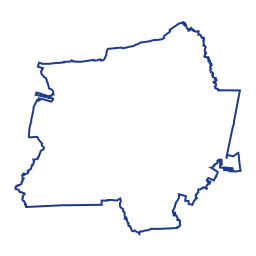 the district of Fagetelu, Olt, Romania
{"feature_id": "2599482B40628155009559", "entity_name": "Fagetelu", "entity_type": "district", "adm_level": 2, "iso_a3": "ROU", "parent_name": "Romania", "parent_adm1": "Olt", "projection": "equal_earth", "projection_center": [24.54, 44.785], "detail": "fine", "context": "isolated", "style": "outline", "palette": "blue", "viewbox_px": 256, "rotation_deg": 0, "n_neighbors": 0, "source": "geoboundaries", "source_scale": "gbopen_adm2", "svg_char_len": 5753}
<svg xmlns="http://www.w3.org/2000/svg" viewBox="0 0 256 256"><path d="M240.6,170.8L239.9,167.2L238.6,154.5L238.3,152.9L237.6,153.2L233.3,156.3L227.2,154.9L226.6,157.7L226.4,157.6L232.9,126.5L233.8,124.3L233.9,122.2L234.3,119.9L239.9,90.4L218.7,90.3L218.9,89.9L217.9,89.6L217.7,88.8L216.3,88.8L215.3,88.0L215.5,87.2L214.8,86.6L215.5,86.1L216.0,85.3L215.9,83.8L215.6,83.0L214.8,83.2L213.7,82.7L213.6,81.7L214.1,81.5L215.3,81.8L215.3,81.2L216.4,80.6L216.6,80.2L216.2,79.6L215.1,79.2L215.8,78.2L213.0,77.2L213.0,76.3L212.1,75.4L213.0,74.5L213.2,73.6L212.4,72.6L211.1,72.5L211.2,71.3L210.4,70.6L210.2,69.4L211.0,68.6L210.2,67.3L210.1,66.8L210.8,65.8L211.5,65.4L210.7,64.7L211.4,64.4L211.3,63.5L211.0,63.0L209.6,62.8L210.0,61.4L208.5,61.1L208.6,60.7L209.5,60.0L209.2,59.4L208.3,59.4L208.0,59.1L208.0,58.4L208.7,57.7L208.6,57.3L208.0,57.1L207.0,57.5L206.0,57.0L204.9,57.0L204.5,56.7L204.6,56.3L204.3,56.0L205.0,55.1L205.2,53.7L206.1,53.4L205.8,52.3L205.1,52.2L204.7,50.2L205.2,48.0L205.7,47.4L205.7,47.1L204.8,46.0L203.5,45.5L203.9,45.1L204.0,44.2L203.5,42.6L203.6,41.5L203.3,40.8L204.2,39.8L204.1,39.4L203.3,38.8L203.7,37.8L202.0,37.9L201.3,36.9L201.5,36.4L201.1,36.1L200.7,35.3L199.7,34.6L198.5,34.6L198.9,34.1L198.0,32.3L198.7,31.5L198.5,31.1L196.7,31.6L195.4,31.5L194.8,30.9L193.5,31.0L193.1,30.5L193.3,29.9L192.4,29.8L192.4,29.1L191.6,29.0L191.0,28.0L190.4,28.8L190.0,30.3L188.8,30.5L189.2,29.9L189.4,29.0L188.4,29.5L186.9,28.3L186.1,25.3L185.7,24.6L185.4,24.5L184.5,25.3L184.3,24.5L182.3,23.3L182.2,22.8L182.4,22.6L183.5,23.3L184.5,22.9L183.3,22.1L180.7,23.2L179.2,23.4L169.7,29.9L170.2,30.7L170.0,31.6L164.2,35.9L163.8,36.7L163.9,38.3L161.5,39.3L157.9,39.9L154.0,40.0L149.0,41.4L140.1,42.6L138.1,44.1L135.1,44.9L133.8,46.0L128.0,47.0L126.7,47.6L124.5,47.8L123.5,48.2L122.7,48.3L121.6,47.6L115.1,48.1L109.7,48.8L109.4,48.6L107.9,49.0L107.3,49.8L106.7,51.1L106.3,55.1L105.5,56.4L104.7,58.7L103.0,60.3L102.7,60.2L100.9,60.5L100.4,59.3L100.0,59.3L97.0,60.4L94.2,60.6L93.9,59.9L80.8,61.8L74.1,61.6L73.8,61.2L72.9,61.4L71.7,60.3L70.3,61.6L64.2,61.8L64.3,62.3L57.4,63.1L56.6,62.8L49.6,63.8L42.4,63.8L39.1,62.7L37.8,66.7L43.0,68.2L41.9,69.8L41.8,70.6L41.0,71.5L41.5,73.9L43.0,75.6L43.7,76.7L46.1,78.2L46.8,80.4L46.7,81.5L47.9,83.2L48.1,85.1L48.8,86.8L48.9,88.3L51.6,89.5L52.6,90.6L53.4,92.5L53.1,93.6L53.4,94.5L52.2,94.5L51.5,95.7L50.5,95.5L50.2,96.4L48.0,96.0L40.8,93.9L40.7,93.6L36.4,92.6L35.7,94.8L47.3,97.4L49.0,98.1L52.8,98.3L53.1,99.6L51.3,101.7L44.1,99.5L38.7,98.3L38.4,99.2L39.3,100.0L38.8,100.1L38.5,100.8L37.0,100.2L33.6,107.1L33.5,109.5L31.3,119.6L31.2,121.9L30.7,123.0L29.5,128.1L28.8,136.6L29.0,137.2L30.1,137.4L36.4,136.8L37.3,137.0L39.6,140.9L42.2,143.6L41.7,144.2L41.9,145.5L43.8,147.3L44.0,147.6L43.8,148.8L43.2,149.6L42.0,150.0L40.6,151.2L40.0,153.4L39.5,154.1L39.5,154.7L39.0,155.3L39.0,156.4L37.9,157.4L38.1,158.3L37.7,158.8L36.7,158.9L36.1,159.3L35.1,159.3L34.1,159.9L33.5,159.7L33.9,160.9L33.6,161.2L34.0,162.0L33.0,164.5L32.2,164.7L32.5,165.4L31.6,166.1L31.0,168.7L30.3,169.5L29.5,169.5L28.8,170.3L27.8,170.8L27.8,171.2L28.5,172.0L27.9,173.0L27.4,173.4L24.8,174.3L24.4,174.3L24.4,173.8L23.8,173.9L23.4,173.6L23.0,174.0L23.4,174.9L22.7,174.8L22.2,175.2L22.7,177.7L22.4,178.5L23.6,178.6L22.5,180.4L22.6,181.3L21.6,181.8L21.7,183.0L21.3,184.0L19.7,185.0L18.3,184.9L17.7,185.9L16.6,185.8L16.6,186.3L15.7,186.9L15.4,187.6L15.6,189.1L17.3,189.3L19.0,190.2L19.1,191.0L19.8,192.1L21.7,192.2L22.6,193.0L24.4,193.3L24.7,194.1L24.0,194.5L22.5,196.8L23.0,198.0L22.4,198.7L22.4,199.9L23.5,201.0L23.9,201.0L24.2,201.8L24.8,202.4L25.0,204.5L26.0,204.5L25.8,205.8L26.1,207.0L61.8,205.3L101.7,204.8L101.6,200.6L107.4,200.6L107.4,200.0L110.0,200.1L110.5,199.9L116.9,200.5L120.3,198.5L120.5,198.9L120.8,201.6L120.0,203.1L119.9,206.1L120.7,207.5L123.0,209.0L123.2,209.5L123.0,210.9L123.6,211.8L124.6,212.3L124.6,215.8L124.9,216.5L126.2,217.5L126.0,217.9L124.9,218.2L124.7,218.6L127.0,219.4L126.7,220.8L127.8,222.1L127.8,222.9L128.7,223.4L128.3,225.0L128.4,225.6L128.9,226.0L130.2,226.2L130.1,227.1L130.8,227.8L132.0,230.9L132.9,231.2L134.7,230.5L135.3,231.3L137.9,232.2L139.4,233.9L139.6,232.4L140.4,231.3L142.4,231.5L144.9,230.5L147.8,230.3L149.4,229.5L150.6,229.4L150.9,228.8L159.2,228.9L177.2,228.0L177.2,227.3L178.3,227.1L178.8,226.4L179.4,226.3L180.1,225.4L180.3,224.9L179.8,223.6L180.1,221.9L179.8,220.4L177.5,220.2L177.3,219.7L178.0,219.2L177.6,219.0L177.7,218.5L177.5,217.8L176.7,216.7L176.3,215.4L174.0,215.5L173.6,215.2L173.6,213.9L175.0,213.8L175.1,212.6L173.0,212.5L172.6,211.0L173.6,209.7L174.1,208.2L174.6,207.7L175.1,206.0L175.0,205.3L175.9,203.1L176.0,202.3L177.3,200.9L179.2,196.9L178.7,195.1L178.9,194.2L185.8,196.1L186.0,196.7L185.4,198.7L185.2,200.8L188.5,200.9L188.7,203.9L192.4,204.8L193.1,202.9L194.4,200.4L195.5,199.6L195.7,198.8L196.8,198.2L196.5,197.4L195.8,197.0L196.1,195.6L195.6,195.0L195.7,194.7L197.2,193.8L197.7,192.8L198.4,192.1L198.1,190.8L198.4,189.4L200.5,189.5L201.7,188.1L202.7,188.3L203.7,187.2L206.6,188.8L206.9,188.4L206.1,187.5L206.7,185.5L208.4,183.9L208.2,183.0L209.6,183.7L210.2,181.8L208.7,181.5L208.3,181.0L206.8,180.6L206.8,180.0L208.3,178.0L213.8,180.4L215.5,177.1L216.1,176.9L216.5,175.8L216.2,175.4L217.2,174.1L217.5,173.1L217.6,171.8L211.4,167.9L211.9,167.9L212.2,167.3L212.8,167.3L212.9,166.5L213.8,166.0L214.0,165.3L214.6,165.4L215.2,163.9L216.5,163.7L217.7,162.8L217.3,161.0L217.8,160.3L219.5,161.2L219.4,159.9L219.6,159.5L221.3,159.7L220.9,160.8L221.7,161.1L221.6,161.5L221.1,162.8L220.2,162.6L220.1,163.4L221.9,163.9L221.6,164.7L220.3,164.5L220.0,166.1L220.3,166.4L220.0,167.4L223.9,168.2L224.0,167.5L232.5,168.2L232.8,169.1L232.7,169.8L224.2,169.3L224.1,170.1L230.2,170.3L229.2,171.0L228.4,171.2L232.6,171.4L234.1,171.1L234.8,171.6L240.6,170.8Z" fill="none" stroke="#1e3a8a" stroke-width="2"/></svg>